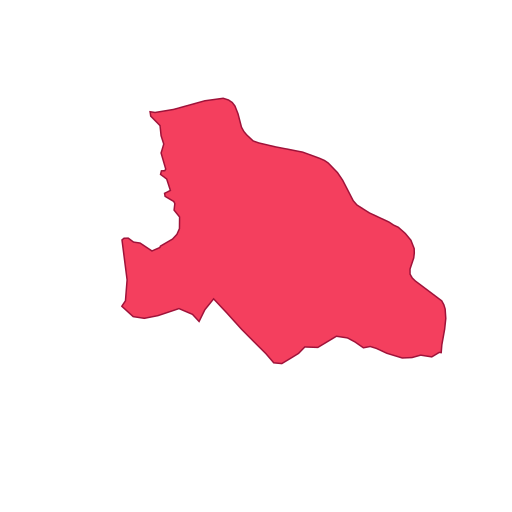 the district of Kim Chaek City, Hamgyŏng-bukto, North Korea, rotated 149°
{"feature_id": "82179303B42335507852567", "entity_name": "Kim Chaek City", "entity_type": "district", "adm_level": 2, "iso_a3": "PRK", "parent_name": "North Korea", "parent_adm1": "Hamgyŏng-bukto", "projection": "mercator", "projection_center": [129.122, 40.77], "detail": "fine", "context": "isolated", "style": "filled", "palette": "rose", "viewbox_px": 512, "rotation_deg": 149, "n_neighbors": 0, "source": "geoboundaries", "source_scale": "gbopen_adm2", "svg_char_len": 1471}
<svg xmlns="http://www.w3.org/2000/svg" viewBox="0 0 512 512"><g transform="rotate(149 256 256)"><path d="M338.5,229.2L327.5,236.3L314.4,241.1L310.3,222.1L306.1,200.6L302.0,183.9L297.8,167.2L295.8,155.3L289.3,150.5L278.4,150.5L269.7,150.6L261.0,152.9L250.1,145.8L237.1,145.8L228.4,145.8L219.8,138.7L215.5,131.5L211.2,122.0L204.7,119.6L200.4,114.8L194.0,105.3L183.2,93.3L174.6,88.6L165.9,86.2L157.3,79.0L148.6,79.0L147.0,77.8L142.5,84.1L132.0,96.1L125.5,104.7L121.2,113.1L120.1,117.5L119.9,121.9L132.3,152.5L133.4,156.7L133.3,161.1L130.7,165.5L121.8,173.1L118.8,177.0L116.6,180.9L115.1,189.7L116.4,198.3L119.2,207.3L122.2,211.7L124.4,216.4L136.6,234.5L143.2,247.7L144.2,253.3L142.7,276.3L143.2,285.5L146.2,298.5L148.1,302.6L151.2,307.0L162.5,321.0L183.4,339.8L195.4,351.5L199.2,356.1L201.6,364.6L202.3,369.0L202.1,373.9L198.2,387.1L196.8,395.4L197.3,399.8L199.2,403.9L202.9,408.1L219.9,415.4L251.2,424.1L268.6,431.0L272.5,434.2L274.2,430.1L271.1,417.2L275.4,408.0L277.4,399.5L282.6,394.7L284.3,393.2L288.6,377.0L290.3,376.1L293.2,377.7L295.8,375.1L292.9,368.0L295.6,356.3L302.1,356.8L303.2,353.9L298.4,345.1L298.6,342.7L302.6,337.5L301.4,328.8L307.5,318.9L312.6,315.3L318.8,313.5L332.8,313.7L334.1,312.8L342.6,313.9L348.7,326.8L353.8,331.0L356.3,337.1L360.0,339.2L362.6,338.8L378.8,301.9L391.0,284.8L396.6,282.2L396.9,282.0L392.5,267.3L383.8,260.1L370.8,255.4L360.0,253.0L349.1,250.6L340.5,238.7L338.5,229.2Z" fill="#f43f5e" stroke="#9f1239" stroke-width="1.5"/></g></svg>